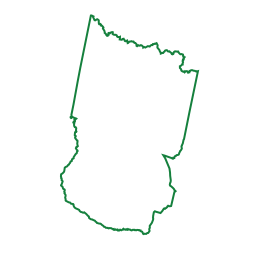 El Pangui, Zamora Chinchipe, Ecuador (orthographic projection), rotated 282°
{"feature_id": "8360857B57489769890627", "entity_name": "El Pangui", "entity_type": "district", "adm_level": 2, "iso_a3": "ECU", "parent_name": "Ecuador", "parent_adm1": "Zamora Chinchipe", "projection": "orthographic", "projection_center": [-78.54, -3.624], "detail": "fine", "context": "isolated", "style": "outline", "palette": "green", "viewbox_px": 256, "rotation_deg": 282, "n_neighbors": 0, "source": "geoboundaries", "source_scale": "gbopen_adm2", "svg_char_len": 5740}
<svg xmlns="http://www.w3.org/2000/svg" viewBox="0 0 256 256"><g transform="rotate(282 128 128)"><path d="M230.3,68.3L177.5,68.8L163.4,69.1L139.6,69.8L129.1,69.9L128.8,70.0L127.9,70.5L127.3,70.1L126.9,69.6L126.7,69.6L126.3,69.7L125.9,70.3L126.0,70.5L127.2,71.2L127.2,71.4L126.9,72.8L126.6,73.3L126.6,74.9L126.4,75.5L126.1,75.3L125.8,74.7L125.1,74.4L124.8,73.9L124.4,74.1L124.0,74.7L123.1,74.7L122.8,74.2L122.8,73.6L122.2,73.3L121.8,73.5L121.3,74.5L120.1,74.5L118.7,75.0L117.8,75.8L117.9,76.6L117.1,77.4L114.8,77.6L113.8,78.3L113.3,78.1L113.0,77.2L112.8,77.1L109.9,77.4L109.6,77.7L109.2,78.6L108.8,78.6L107.9,78.2L107.4,78.3L106.7,78.9L105.8,80.1L105.3,80.5L105.2,81.1L104.9,81.3L103.8,81.5L102.5,81.5L101.5,81.9L100.7,82.1L99.9,82.7L98.8,82.0L98.7,81.5L97.4,81.2L95.9,82.5L95.5,83.3L95.0,83.5L94.0,83.0L92.7,83.1L91.6,82.2L88.2,80.9L87.5,80.9L87.0,81.1L85.8,79.8L83.9,79.8L83.5,79.0L83.3,78.8L81.8,78.6L81.1,78.1L79.9,77.8L79.2,77.0L77.9,76.5L76.8,75.0L76.0,74.4L72.8,74.6L71.8,74.5L70.0,73.4L68.8,72.2L67.0,72.4L66.3,72.6L65.9,73.0L65.1,73.0L64.4,73.8L63.2,73.9L62.6,74.9L62.1,75.2L59.2,74.8L58.1,74.4L57.8,74.5L57.0,76.1L55.4,77.0L54.9,77.5L54.8,77.8L54.8,78.5L54.3,79.0L53.6,79.1L52.4,78.9L51.8,79.5L51.0,79.4L49.6,80.8L48.6,81.1L46.9,81.0L45.4,81.8L44.3,82.0L43.9,82.3L43.0,85.4L43.0,86.9L42.1,88.0L42.2,90.2L41.7,90.7L40.9,90.8L40.1,91.4L39.2,92.2L38.6,93.4L37.9,96.7L37.7,97.2L36.7,98.1L36.1,99.3L36.1,100.3L35.8,101.6L35.9,102.1L36.4,102.7L35.2,105.1L33.8,107.0L33.3,108.1L32.2,108.5L31.7,108.9L31.0,110.8L31.1,112.3L30.8,112.9L30.5,114.7L30.3,115.1L29.7,115.7L29.3,116.8L28.7,117.3L28.5,119.8L28.7,120.8L28.5,121.5L27.8,122.6L27.2,124.1L26.4,125.1L26.5,125.8L25.8,127.1L26.0,128.2L25.9,128.8L26.1,129.1L25.8,130.0L26.3,130.8L26.5,132.5L26.1,133.4L26.1,134.2L25.7,134.7L26.2,135.2L25.5,135.8L25.8,136.7L26.2,136.9L26.0,137.9L26.6,138.9L26.5,139.1L25.7,139.2L25.6,139.4L25.9,140.7L26.9,141.4L26.6,142.1L26.6,142.9L27.2,143.5L28.4,144.4L27.8,145.1L28.2,145.7L28.0,146.8L28.6,147.3L28.2,148.0L28.2,148.6L28.3,148.8L28.9,148.7L29.2,148.9L28.9,149.7L29.1,151.1L28.7,151.6L28.6,152.9L28.8,153.2L29.2,153.4L29.5,154.1L29.6,154.7L29.5,155.2L29.8,155.7L29.5,156.2L29.7,156.6L29.7,157.4L30.2,158.0L30.4,159.4L30.2,160.0L30.5,160.5L30.2,161.2L30.3,161.5L29.8,161.6L29.7,161.8L29.5,163.4L28.3,164.4L27.8,164.6L27.6,165.0L27.5,165.5L28.0,166.0L28.2,167.8L29.3,168.7L29.6,169.6L31.8,170.5L33.1,169.9L33.8,169.8L34.9,170.1L36.8,169.6L40.3,171.1L43.5,171.6L44.6,171.5L45.3,171.1L46.0,171.1L47.0,170.9L51.0,170.8L52.1,171.6L51.9,172.7L51.6,177.5L53.9,178.8L56.5,179.8L56.9,180.2L56.6,180.8L56.7,181.1L57.3,181.4L57.8,182.1L58.2,182.2L58.7,182.7L59.6,182.9L60.3,183.4L60.0,184.4L60.4,185.9L60.7,186.4L75.1,186.7L75.8,187.5L76.1,187.7L76.4,187.4L77.0,186.2L77.9,185.6L78.8,184.3L80.0,182.2L80.2,181.4L80.6,181.0L81.1,180.7L82.7,180.6L84.2,180.9L85.8,180.7L90.0,179.2L93.1,178.4L97.0,177.0L106.1,170.7L108.7,168.2L108.6,169.7L107.7,176.6L107.7,177.0L107.3,177.8L107.3,178.4L107.5,178.5L108.1,178.5L108.0,179.1L108.2,179.5L108.8,179.3L109.8,179.6L109.8,179.8L110.3,180.1L110.7,180.7L111.2,180.9L111.7,181.4L111.8,181.9L112.4,183.0L113.2,183.3L114.2,183.3L115.6,183.7L116.2,183.7L117.0,184.3L118.8,184.9L119.3,184.9L120.1,184.5L121.3,184.1L122.0,184.4L122.6,184.4L124.3,184.8L128.0,184.8L128.7,185.1L156.2,184.8L198.0,184.6L197.8,184.3L197.9,183.7L197.6,183.6L197.4,183.0L197.8,181.7L197.7,180.0L197.9,179.0L197.7,177.9L197.3,177.3L196.6,176.9L196.6,176.5L195.9,176.5L195.8,176.1L195.2,176.3L195.1,175.9L194.6,175.3L195.8,174.1L195.7,172.9L195.3,172.7L195.2,172.4L194.5,172.0L194.8,171.8L194.6,171.5L194.8,171.3L194.5,171.2L194.5,170.2L194.8,169.8L194.8,169.1L195.1,168.5L195.3,168.2L195.8,168.1L196.6,167.6L197.5,166.3L199.2,165.9L200.0,166.9L201.4,167.8L201.5,168.3L202.0,168.2L202.3,167.9L203.6,168.2L204.6,167.6L205.2,167.9L205.5,167.6L206.0,167.9L206.4,167.6L207.1,168.2L207.5,167.8L207.9,167.8L208.1,168.2L209.0,168.6L209.2,167.5L209.8,167.3L209.9,166.9L211.2,166.5L211.2,166.0L211.5,165.2L211.0,163.9L211.7,162.7L212.5,161.7L213.0,161.4L213.3,161.0L212.9,160.5L212.9,158.7L212.6,158.4L212.6,157.8L211.9,157.2L211.0,157.0L210.7,156.7L210.4,156.7L210.1,157.0L209.8,156.9L209.3,156.2L209.4,155.5L209.9,155.1L210.3,155.0L211.2,153.1L211.6,152.6L211.3,152.0L211.2,151.3L212.2,149.8L211.7,148.5L211.3,148.1L210.5,147.9L210.0,147.4L208.7,146.8L208.6,146.5L208.6,145.8L208.1,145.4L207.6,144.6L208.6,144.3L209.3,143.4L210.9,142.4L212.7,140.1L213.3,139.9L215.1,139.8L216.9,138.3L216.4,137.7L216.3,137.1L215.8,136.9L215.8,136.2L215.3,135.5L215.3,135.0L214.2,134.7L214.1,133.7L213.0,132.7L212.2,132.3L212.2,130.4L210.3,128.2L210.6,126.9L209.9,126.2L210.5,126.0L210.8,125.6L211.5,124.5L211.7,123.7L211.7,123.3L211.3,123.0L210.9,122.1L211.1,120.9L210.6,120.6L209.9,119.9L210.2,119.2L211.5,119.1L212.7,117.5L212.6,116.6L213.1,116.2L213.2,115.6L213.7,115.3L213.4,113.9L213.6,113.3L213.2,112.7L213.0,111.9L212.7,111.4L211.1,110.3L211.0,110.1L212.1,109.8L213.4,109.0L212.7,108.2L212.4,108.2L212.4,107.0L212.6,106.7L213.3,106.4L213.7,105.7L214.4,105.2L214.0,104.2L213.0,103.6L212.9,101.5L213.9,101.5L215.5,101.2L215.2,100.8L215.1,100.1L214.8,99.5L215.2,98.3L216.2,97.8L216.3,97.3L216.6,96.9L216.6,96.5L216.3,95.0L216.5,94.0L216.8,93.4L218.2,93.3L218.6,93.1L218.4,92.3L217.6,91.0L216.9,90.7L216.6,90.1L216.6,89.8L217.0,89.4L216.9,89.2L215.8,89.1L215.1,89.6L214.8,89.2L214.1,89.1L213.9,88.8L213.8,88.4L214.6,87.3L215.2,87.1L216.2,85.4L216.7,85.4L218.3,84.6L220.0,82.8L220.4,82.7L220.8,82.8L221.1,83.1L221.3,83.0L222.4,81.7L222.6,80.3L223.4,80.3L224.1,79.2L224.0,78.6L223.5,78.3L223.6,78.1L224.6,77.6L227.2,77.0L227.6,76.4L228.0,75.4L227.7,74.8L226.5,73.6L226.5,72.9L229.5,70.6L230.0,70.9L230.5,69.0L230.3,68.3Z" fill="none" stroke="#15803d" stroke-width="2"/></g></svg>